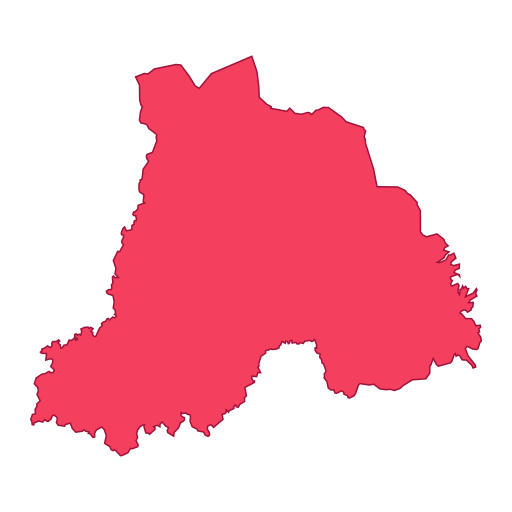 Bela Vista, Mato Grosso do Sul, Brazil
{"feature_id": "56859067B95751295676560", "entity_name": "Bela Vista", "entity_type": "district", "adm_level": 2, "iso_a3": "BRA", "parent_name": "Brazil", "parent_adm1": "Mato Grosso do Sul", "projection": "natural_earth1", "projection_center": [-56.561, -21.914], "detail": "fine", "context": "isolated", "style": "filled", "palette": "rose", "viewbox_px": 512, "rotation_deg": 0, "n_neighbors": 0, "source": "geoboundaries", "source_scale": "gbopen_adm2", "svg_char_len": 6018}
<svg xmlns="http://www.w3.org/2000/svg" viewBox="0 0 512 512"><path d="M479.6,331.9L478.8,328.9L480.6,327.3L480.2,325.2L475.7,325.7L473.7,321.1L471.4,318.6L465.7,318.6L461.6,313.8L460.1,313.3L460.8,311.5L464.0,309.8L466.2,310.6L467.5,312.2L471.1,310.0L471.3,308.2L472.7,307.1L473.3,302.4L468.6,302.7L470.3,300.0L476.9,296.1L475.6,293.4L477.0,290.0L476.4,288.6L473.2,293.1L465.5,296.7L468.7,288.6L466.8,288.6L465.7,286.3L463.6,288.1L462.6,285.9L461.5,288.9L460.1,289.5L459.6,294.7L457.9,292.2L459.0,285.3L457.7,283.5L451.5,286.1L450.5,284.1L452.4,280.5L450.7,279.6L450.6,276.8L458.0,274.3L453.9,272.5L455.4,270.0L459.2,268.4L459.5,264.1L453.5,265.6L450.8,264.4L451.3,261.8L455.9,258.2L453.8,253.2L450.2,255.2L448.7,255.0L445.8,260.0L439.6,262.6L437.3,262.3L444.1,257.8L445.3,255.0L449.0,251.8L443.6,250.3L444.9,247.5L448.2,245.8L445.3,243.2L443.8,239.3L437.0,233.9L426.6,236.8L422.7,234.9L420.4,231.7L420.4,210.8L417.0,204.5L417.1,202.4L410.2,194.8L407.4,193.4L405.2,190.5L397.7,187.0L377.0,186.7L373.7,169.5L365.6,143.6L365.2,138.8L364.0,137.3L365.6,130.9L363.9,129.3L363.5,127.5L346.1,121.8L341.8,117.1L328.4,107.5L323.2,107.4L317.9,110.1L316.0,110.2L311.6,114.6L309.5,112.7L307.8,112.5L301.0,114.3L294.9,113.3L289.8,108.2L286.8,111.3L270.6,108.3L271.3,106.7L266.8,104.3L259.2,97.3L258.8,86.5L256.9,71.4L251.8,56.3L211.4,73.6L199.2,88.4L195.1,85.8L189.3,76.3L180.8,65.0L175.9,64.5L154.4,68.9L148.0,73.9L144.2,73.5L135.6,76.9L139.5,85.1L139.7,100.1L141.0,105.1L142.3,106.6L140.4,112.3L139.4,120.3L140.9,122.9L146.7,124.4L148.9,128.6L155.9,133.9L156.9,135.3L156.1,136.8L156.8,140.8L152.5,152.3L147.1,154.3L146.3,156.1L146.8,158.7L148.6,161.3L143.1,169.3L142.2,178.1L141.5,179.5L140.1,180.0L140.2,181.8L139.0,183.8L139.0,189.7L139.6,191.9L143.9,194.8L143.2,201.8L144.8,202.9L138.2,205.2L137.7,209.0L135.4,211.5L133.7,212.0L132.8,214.4L134.2,215.7L135.7,215.5L136.4,218.9L136.1,220.6L134.6,220.6L133.9,222.1L134.2,224.1L131.9,225.4L131.9,229.7L126.4,230.8L124.6,226.9L122.8,228.7L121.3,233.0L121.6,234.7L123.2,235.1L123.6,236.9L121.7,241.2L122.1,243.3L123.5,244.7L119.6,251.8L117.7,251.3L113.3,260.5L115.9,268.3L115.0,273.9L118.3,277.4L115.0,277.7L113.5,276.0L112.4,277.1L112.9,283.1L111.5,284.7L111.7,288.4L110.8,289.7L108.7,289.6L106.4,291.1L106.8,292.9L108.1,293.9L113.0,295.6L114.2,301.9L113.2,308.0L115.1,310.1L115.5,313.3L114.5,314.6L116.0,315.0L116.0,316.9L114.3,317.8L112.8,317.0L109.4,320.0L108.5,318.6L107.1,318.7L105.8,321.1L102.8,322.3L101.4,323.8L102.3,325.5L99.5,328.2L95.8,336.4L94.2,336.4L92.5,334.7L92.9,332.6L90.8,331.3L93.1,328.6L90.6,327.3L89.0,328.5L88.2,327.1L84.5,327.4L80.9,329.0L81.7,331.2L80.8,335.2L79.1,334.2L77.7,335.1L76.4,333.9L74.8,334.3L74.6,338.3L71.2,340.5L69.1,340.0L67.0,344.9L64.1,345.1L61.9,348.2L60.7,347.8L60.2,344.8L57.9,342.8L59.7,341.2L58.7,339.9L56.1,341.5L53.0,341.5L51.9,342.7L51.8,346.1L50.6,347.6L47.5,345.8L44.8,348.0L41.9,349.0L42.0,350.7L40.4,352.1L41.4,353.2L46.5,353.6L45.8,360.1L50.9,358.7L52.8,359.9L52.6,362.7L50.7,366.6L54.3,369.9L53.4,372.4L50.4,372.7L49.5,371.5L48.2,371.7L45.4,373.5L41.6,374.3L36.2,378.0L34.3,383.8L37.6,387.4L38.4,390.8L37.0,394.4L40.2,400.9L36.8,403.9L37.0,406.0L35.1,409.5L35.4,413.8L32.4,414.5L30.7,419.7L31.7,420.9L32.2,424.6L33.8,424.9L34.1,423.0L38.7,421.0L42.7,422.1L44.7,419.6L47.0,421.3L48.4,421.3L51.0,419.1L52.4,415.6L54.2,415.2L56.8,417.3L57.3,419.2L56.4,422.5L58.1,425.2L64.7,426.2L65.3,424.5L70.3,423.2L72.4,428.6L75.8,432.2L82.4,431.2L84.0,429.8L85.6,431.2L89.1,431.9L88.3,433.4L90.2,433.9L92.9,437.4L94.7,437.1L94.6,433.5L96.3,429.9L101.8,427.1L104.3,429.6L106.3,435.6L104.6,443.4L109.8,446.6L111.1,449.6L113.1,450.7L114.7,449.6L120.5,455.7L121.8,455.6L128.0,452.7L130.5,448.4L132.0,448.8L137.5,446.8L138.2,445.1L136.0,440.5L137.6,437.5L136.6,433.9L137.4,430.5L139.8,427.0L142.5,425.1L144.5,425.0L143.9,426.5L145.8,432.9L148.6,433.2L149.5,434.3L155.0,429.5L154.9,427.5L153.7,426.6L157.2,425.2L159.9,426.8L160.0,424.2L162.1,422.0L165.6,426.1L168.5,427.5L167.2,430.7L167.8,432.6L173.7,436.2L174.0,432.6L178.6,427.8L180.4,422.8L183.4,421.2L184.4,419.8L184.4,417.6L182.0,416.6L180.8,414.4L181.1,412.5L182.6,413.6L186.0,413.0L187.4,414.4L189.9,414.5L190.5,417.0L190.0,421.2L192.2,426.7L196.8,429.0L197.9,430.9L203.5,432.0L205.1,434.9L208.0,436.4L209.5,435.2L209.3,432.4L207.4,429.3L207.7,426.1L211.1,424.6L213.5,427.4L223.0,419.3L222.1,414.3L225.2,413.6L226.2,412.2L226.2,409.9L228.6,412.3L229.2,410.7L233.9,408.5L233.9,406.3L235.7,405.0L236.4,406.9L238.2,407.2L239.8,404.4L244.6,401.4L244.5,397.6L246.5,395.8L244.8,387.5L254.5,382.4L254.5,380.9L253.1,381.3L251.7,378.0L252.0,376.1L256.6,376.6L257.8,372.6L260.6,372.7L257.9,367.2L258.9,366.3L258.9,362.9L261.0,356.3L265.7,353.0L265.5,351.3L266.7,349.9L268.4,350.2L270.8,348.8L272.0,349.5L276.3,349.1L278.9,348.0L279.3,345.8L280.7,345.0L282.0,341.5L285.3,343.3L285.6,341.3L287.6,341.7L288.3,343.7L289.5,342.9L290.2,340.7L291.7,340.3L292.2,343.1L295.8,342.4L297.0,343.9L299.1,343.9L300.1,342.6L303.3,343.5L304.7,341.2L309.9,340.4L311.5,341.5L312.8,341.1L314.6,339.4L316.4,344.2L316.7,348.2L315.1,347.9L315.1,350.3L316.8,352.9L320.2,354.2L319.7,356.5L320.2,358.2L321.5,359.4L322.0,362.9L323.6,364.0L326.1,371.1L324.2,374.2L324.7,376.3L324.0,377.5L327.0,381.9L328.2,387.9L330.9,390.0L333.9,389.9L334.8,392.8L336.2,393.4L341.8,390.8L343.7,392.4L344.0,394.2L347.6,395.7L348.0,397.5L349.2,398.1L353.9,395.9L355.4,393.9L358.5,384.9L360.0,383.6L369.2,385.0L373.7,384.2L379.7,388.8L385.7,389.7L390.3,389.3L394.5,390.5L400.0,388.5L402.8,385.8L412.4,379.8L425.8,378.8L429.8,373.1L429.8,366.2L430.9,365.0L433.2,358.4L436.5,364.7L438.4,366.2L450.5,362.8L452.0,361.0L453.9,355.2L455.3,353.7L456.1,356.2L458.1,355.0L459.8,355.8L462.1,359.8L466.4,360.1L471.7,365.1L473.1,368.0L475.7,367.0L475.1,364.8L468.0,355.8L465.3,348.5L467.3,346.3L472.8,349.1L476.6,349.5L478.0,348.6L479.9,342.5L481.3,341.0L480.7,337.0L478.0,333.0L479.6,331.9ZM74.6,338.3L77.1,338.1L77.5,339.5L75.8,340.3L74.6,338.3ZM458.0,274.3L459.7,276.3L459.4,274.6L458.0,274.3Z" fill="#f43f5e" stroke="#9f1239" stroke-width="1.5"/></svg>